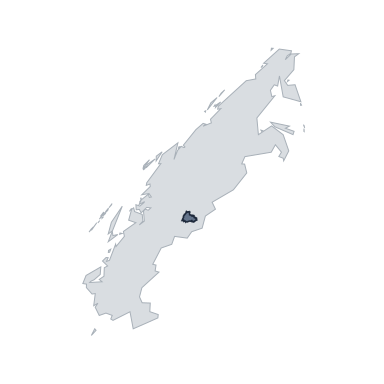 Kemerovo highlighted on a map of Russia, rotated 310°
{"feature_id": "RUS-2401", "entity_name": "Kemerovo", "entity_type": "Region", "adm_level": 1, "iso_a3": "RUS", "parent_name": "Russia", "parent_adm1": "", "projection": "natural_earth1", "projection_center": [87.523, 54.5], "detail": "fine", "context": "in_parent", "style": "filled", "palette": "slate", "viewbox_px": 384, "rotation_deg": 310, "n_neighbors": 0, "source": "natural_earth", "source_scale": "10m", "svg_char_len": 6590}
<svg xmlns="http://www.w3.org/2000/svg" viewBox="0 0 384 384"><g transform="rotate(310 192 192)"><path d="M285.7,239.7L274.8,242.2L276.5,240.2L275.0,235.7L280.0,234.9L281.8,225.5L273.4,227.1L253.1,209.8L245.5,212.0L247.2,214.4L241.8,221.7L220.3,222.3L197.1,214.0L193.9,221.0L182.2,217.7L170.8,223.0L161.4,217.3L153.6,218.0L146.8,207.2L138.9,210.1L129.3,204.4L111.4,208.4L112.9,211.4L107.8,214.5L109.4,218.2L86.5,215.1L77.9,219.2L75.1,225.0L80.1,231.4L73.2,236.6L76.4,244.9L73.6,246.8L49.4,234.9L60.4,221.5L42.9,214.0L42.5,211.4L46.2,210.2L43.9,203.9L37.8,200.3L41.5,191.9L46.3,191.4L41.7,189.8L52.0,183.2L49.6,181.0L50.9,172.5L53.6,170.4L51.7,167.2L60.0,164.5L76.0,170.3L69.8,174.7L61.7,173.4L59.0,172.0L56.9,171.8L65.4,180.8L65.4,177.1L70.9,178.7L77.6,173.5L81.1,174.9L81.6,167.8L86.6,168.3L87.8,170.0L83.8,171.1L86.6,172.7L103.0,167.0L101.4,168.9L114.6,168.7L117.7,164.8L132.4,168.7L129.7,161.6L139.9,156.9L142.4,157.5L140.1,160.6L142.8,168.3L138.1,173.1L132.9,172.8L139.1,174.2L146.0,167.3L148.7,167.0L149.9,170.2L153.4,170.7L151.1,167.2L143.3,166.4L144.8,162.9L142.5,160.7L146.2,157.2L147.7,161.1L152.8,162.0L154.2,161.9L148.5,159.5L153.4,158.2L162.3,160.0L160.4,162.8L162.1,164.1L163.2,160.0L157.6,155.3L169.4,156.5L171.1,154.7L167.7,152.7L170.0,151.4L193.7,149.9L192.1,148.2L201.5,145.3L220.6,149.6L205.3,157.3L214.7,154.2L220.1,154.5L220.8,157.2L221.3,157.6L222.0,157.6L222.3,155.3L242.4,154.9L251.7,156.4L252.8,159.0L249.5,158.2L257.4,162.4L259.6,159.4L274.4,160.5L271.9,158.4L274.6,157.0L312.1,162.0L319.6,168.2L322.7,165.1L338.7,167.4L336.7,164.1L357.6,167.0L364.1,177.4L361.7,178.6L357.6,177.4L353.3,178.4L361.5,179.3L366.6,184.9L361.4,183.6L351.2,191.4L336.7,191.2L335.2,196.8L340.4,202.0L331.1,217.4L323.5,200.7L337.1,184.4L328.2,189.5L327.0,186.1L320.3,186.7L316.4,191.8L319.0,193.6L290.4,194.1L278.6,206.0L293.8,210.5L294.5,225.0L285.7,239.7ZM136.3,147.7L111.2,156.0L106.0,154.8L117.0,149.7L136.3,147.7ZM296.0,207.3L305.1,224.3L300.9,222.6L304.1,231.2L300.9,232.5L295.2,213.5L296.0,207.3ZM100.1,159.8L110.7,156.2L107.8,159.4L111.7,162.5L100.1,159.8ZM264.7,151.0L272.5,149.1L280.5,150.5L264.7,151.0ZM184.4,140.0L193.6,142.5L181.0,141.3L184.4,140.0ZM181.4,138.0L189.4,138.7L178.2,139.5L181.4,138.0ZM196.5,141.6L203.6,143.3L192.7,144.6L196.5,141.6ZM282.3,151.3L286.4,150.8L291.3,151.4L282.3,151.3ZM17.4,207.1L24.7,205.4L24.4,207.4L17.4,207.1ZM102.5,139.1L107.3,138.8L97.9,139.6L102.5,139.1ZM274.1,154.6L279.4,156.1L271.9,155.7L274.1,154.6ZM96.0,166.5L92.9,167.6L91.9,166.8L93.6,165.6L96.0,166.5ZM111.6,138.5L116.0,138.1L118.0,138.5L111.6,138.5ZM126.0,138.4L123.7,139.3L120.7,139.0L121.6,138.4L126.0,138.4ZM130.2,138.6L126.6,138.5L131.8,138.2L130.2,138.6ZM114.3,163.2L115.3,165.1L113.1,163.7L114.3,163.2ZM182.3,140.4L179.4,140.9L177.4,140.3L182.3,140.4ZM114.5,137.5L120.0,137.2L117.8,137.8L114.5,137.5ZM354.2,161.8L351.4,161.5L353.2,160.4L354.2,161.8ZM98.6,138.6L101.9,138.9L95.1,138.9L98.6,138.6ZM140.2,156.3L136.9,156.5L140.2,156.2L140.2,156.3ZM218.0,152.9L219.5,154.0L217.0,153.4L218.0,152.9ZM334.9,164.7L333.1,165.2L331.7,164.8L334.9,164.7ZM118.9,139.5L116.6,139.2L120.5,139.5L118.9,139.5ZM118.9,137.9L120.2,138.5L117.3,138.1L118.9,137.9ZM315.2,234.1L314.9,235.3L313.5,237.1L315.2,234.1ZM114.7,139.5L116.2,140.1L114.0,140.0L114.7,139.5ZM153.1,158.0L150.7,158.5L150.2,158.4L153.1,158.0ZM340.0,194.5L338.0,194.1L339.5,193.5L340.0,194.5ZM273.5,153.6L272.8,154.4L271.9,153.8L273.5,153.6ZM283.7,205.0L284.4,206.6L283.2,206.2L283.7,205.0ZM329.8,218.0L328.9,220.1L328.2,219.5L329.8,218.0ZM110.8,139.7L108.5,139.8L107.8,139.7L110.8,139.7ZM154.8,156.5L154.2,157.4L153.7,157.1L154.8,156.5ZM263.0,150.3L261.8,150.9L261.9,149.8L263.0,150.3ZM310.4,238.7L312.6,237.0L310.4,239.1L310.4,238.7Z" fill="#d9dde1" stroke="#a8b0b8" stroke-width="1"/><path d="M173.3,200.4L173.5,200.3L173.5,200.6L173.6,200.8L173.2,200.9L173.2,201.0L173.4,201.1L173.5,201.2L173.5,201.3L173.4,201.4L173.5,201.5L174.0,201.6L174.1,201.8L174.4,201.8L174.5,202.0L174.4,202.0L174.6,202.1L174.6,202.3L174.8,202.3L174.9,202.5L175.0,202.7L175.0,202.8L175.1,203.0L175.3,203.0L175.2,203.2L175.2,203.3L174.9,203.4L174.7,203.5L174.1,203.8L173.6,204.1L173.5,204.3L173.4,204.5L173.2,204.6L173.0,204.8L173.2,205.0L173.3,205.3L173.3,205.5L173.5,205.7L173.6,205.8L173.8,205.9L173.8,206.1L173.7,206.3L173.5,206.5L173.4,206.8L173.5,206.9L173.4,207.0L173.3,207.3L173.1,207.3L172.9,207.3L173.0,207.3L173.3,207.5L173.5,207.6L173.7,207.4L173.9,207.4L174.0,207.3L174.3,207.4L174.3,207.5L174.5,207.5L174.8,207.5L174.9,207.8L174.8,208.0L174.4,208.2L174.3,208.3L174.5,208.5L174.9,208.7L174.8,208.8L175.0,208.9L175.0,209.0L174.8,209.0L174.6,209.1L174.4,209.2L174.4,209.3L174.2,209.6L174.1,209.8L174.1,210.0L173.9,210.1L173.8,210.3L174.0,210.4L174.3,210.4L174.3,210.5L174.5,210.7L174.4,210.8L174.5,211.0L174.4,211.1L174.2,211.3L174.2,211.5L174.4,211.5L174.5,211.5L174.6,211.8L174.8,211.8L174.9,212.0L174.7,212.2L174.5,212.3L174.7,212.5L174.3,212.8L174.2,213.0L173.8,213.1L173.6,213.3L173.8,213.4L173.7,213.6L173.4,213.7L173.2,213.8L172.9,213.8L173.0,213.8L172.9,213.4L173.1,213.3L173.0,213.2L172.8,213.0L172.7,213.1L172.4,213.0L172.2,212.9L171.9,212.7L171.7,212.8L171.4,213.0L171.2,212.9L170.7,212.8L170.6,212.6L170.3,212.6L170.2,212.6L170.2,212.3L170.2,212.2L170.0,212.3L169.9,212.1L169.8,211.9L169.7,211.8L169.9,211.6L169.9,211.4L170.0,211.3L170.0,211.2L169.9,211.1L169.7,211.2L169.3,210.9L169.1,210.8L169.1,210.7L169.3,210.6L169.5,210.5L169.8,210.2L169.7,210.1L169.9,210.0L169.8,209.9L169.7,209.9L169.5,210.0L169.4,210.0L169.1,210.0L168.8,209.8L168.8,209.7L168.7,209.6L168.5,209.4L168.5,209.2L168.4,209.1L168.2,208.8L168.0,208.7L167.9,208.5L167.4,208.4L167.1,208.1L166.9,208.0L166.7,207.8L166.4,207.9L166.2,207.8L165.7,207.1L165.2,206.7L165.4,206.6L165.3,206.4L165.2,206.4L165.3,206.3L165.4,206.1L165.5,206.1L165.5,205.9L165.4,205.9L165.3,205.7L165.1,205.7L165.1,205.1L165.0,204.9L164.9,204.9L165.0,204.7L165.0,204.4L164.9,204.4L164.7,204.4L164.8,204.3L164.8,204.2L164.7,204.2L164.8,204.1L164.7,203.8L164.7,203.6L164.4,203.5L164.5,203.4L164.4,203.3L164.4,203.2L164.5,203.2L164.4,203.1L164.3,202.9L164.2,202.8L164.4,202.8L164.3,202.7L164.1,202.6L165.1,202.2L165.4,202.3L165.5,202.3L165.6,202.2L165.9,202.0L166.1,202.1L166.9,202.0L166.9,201.9L166.7,201.9L167.2,201.6L167.3,201.4L167.5,201.4L167.8,201.3L167.9,201.2L168.0,201.1L168.1,200.9L168.3,200.9L168.5,201.0L168.8,201.1L169.0,200.9L169.4,200.9L169.5,200.9L169.6,201.0L169.8,201.1L170.1,201.1L170.2,200.9L170.2,200.7L170.4,200.8L170.6,200.8L171.0,200.8L171.6,201.1L172.0,200.9L172.4,200.6L172.8,200.4L173.0,200.3L173.3,200.4Z" fill="#64748b" stroke="#1e293b" stroke-width="1.5"/></g></svg>